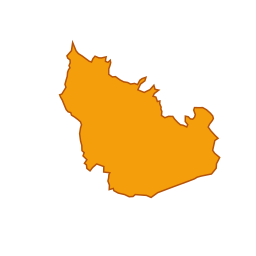 the district of Riozinho, Rio Grande do Sul, Brazil, rotated 306°
{"feature_id": "56859067B78422822608746", "entity_name": "Riozinho", "entity_type": "district", "adm_level": 2, "iso_a3": "BRA", "parent_name": "Brazil", "parent_adm1": "Rio Grande do Sul", "projection": "natural_earth1", "projection_center": [-50.384, -29.607], "detail": "fine", "context": "isolated", "style": "filled", "palette": "amber", "viewbox_px": 256, "rotation_deg": 306, "n_neighbors": 0, "source": "geoboundaries", "source_scale": "gbopen_adm2", "svg_char_len": 1910}
<svg xmlns="http://www.w3.org/2000/svg" viewBox="0 0 256 256"><g transform="rotate(306 128 128)"><path d="M187.5,189.5L188.4,186.0L188.9,180.8L188.4,176.5L185.4,172.4L183.6,169.8L181.1,170.6L178.4,174.6L175.9,175.5L173.2,175.2L172.0,173.0L172.5,170.1L171.3,167.4L166.9,170.5L165.8,174.4L163.4,174.9L162.6,170.9L161.4,168.5L161.7,164.9L162.6,160.4L163.7,157.4L161.2,153.9L158.0,151.8L157.8,147.7L161.4,145.6L162.6,143.5L164.4,142.5L166.2,139.4L168.6,137.9L166.7,136.2L169.4,132.4L168.4,129.6L171.3,129.0L176.7,130.6L175.2,127.1L177.8,123.8L171.9,123.2L166.3,120.2L165.4,116.7L164.7,113.5L170.8,112.3L176.1,113.9L179.6,112.7L176.3,110.4L173.6,109.5L168.7,110.2L167.9,107.1L165.1,104.3L164.6,101.0L162.8,97.3L162.2,93.4L162.2,87.7L160.1,85.3L160.1,80.9L164.5,77.7L167.9,76.7L170.7,75.6L172.4,73.8L169.3,73.2L168.7,70.6L170.6,69.4L172.7,68.5L169.0,65.3L167.6,63.1L166.7,59.1L163.5,58.9L159.9,59.7L159.2,57.3L159.3,48.6L159.0,44.1L159.9,40.6L164.6,33.0L157.3,36.8L150.4,36.2L149.1,38.2L149.0,41.1L146.8,42.9L143.8,43.6L142.5,45.7L140.3,45.6L137.5,46.4L134.0,48.5L130.3,49.8L126.3,51.3L124.4,53.9L119.5,54.3L116.5,54.5L114.7,53.2L113.3,55.4L111.9,58.5L108.0,64.8L106.5,67.3L105.9,70.1L106.8,72.6L105.2,74.8L105.5,78.4L105.4,82.6L105.1,85.9L103.3,88.5L100.3,89.5L95.0,92.2L89.7,97.2L86.7,100.9L82.6,104.1L82.3,107.0L79.0,108.0L78.6,110.8L78.2,113.4L73.8,113.5L73.8,116.0L71.1,118.5L71.0,122.5L75.2,122.6L80.5,123.8L82.6,131.1L78.1,134.2L81.1,139.6L79.0,140.0L76.1,141.7L73.3,142.9L70.9,146.5L67.1,149.0L70.4,151.6L69.0,153.4L69.6,158.3L72.2,164.5L73.1,169.4L75.5,172.3L78.4,173.0L84.3,182.5L85.4,187.5L93.1,190.0L105.9,198.4L120.9,208.4L126.0,211.7L128.9,212.9L132.3,215.6L139.9,222.6L147.3,223.0L151.1,220.6L158.0,219.5L158.5,212.9L159.7,209.6L168.9,205.6L172.6,206.9L173.1,203.0L174.4,196.7L175.9,192.3L179.1,191.7L183.7,191.8L185.8,191.5L187.5,189.5Z" fill="#f59e0b" stroke="#b45309" stroke-width="1.5"/></g></svg>